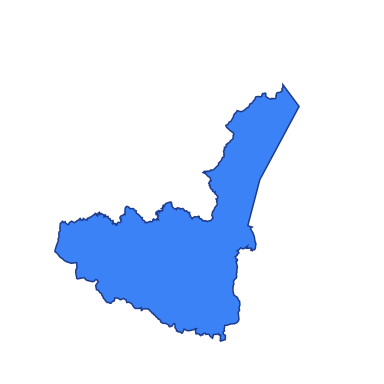 outline of Pueblo Bello, Cesar, Colombia, rotated 28°
{"feature_id": "7082276B89066354157949", "entity_name": "Pueblo Bello", "entity_type": "district", "adm_level": 2, "iso_a3": "COL", "parent_name": "Colombia", "parent_adm1": "Cesar", "projection": "robinson", "projection_center": [-73.617, 10.53], "detail": "fine", "context": "isolated", "style": "filled", "palette": "blue", "viewbox_px": 384, "rotation_deg": 28, "n_neighbors": 0, "source": "geoboundaries", "source_scale": "gbopen_adm2", "svg_char_len": 6101}
<svg xmlns="http://www.w3.org/2000/svg" viewBox="0 0 384 384"><g transform="rotate(28 192 192)"><path d="M123.3,308.5L126.2,313.3L125.9,315.0L127.1,317.6L130.8,322.4L131.8,322.4L136.7,318.4L138.3,318.5L138.9,319.2L141.0,319.3L146.2,317.9L147.4,316.9L148.1,314.5L149.2,314.2L151.3,315.3L150.8,319.7L153.6,323.2L155.3,322.6L157.8,324.1L160.1,324.2L161.1,325.7L162.4,326.0L163.7,327.5L165.2,327.7L166.2,328.5L168.9,329.4L169.9,328.7L171.7,328.8L172.7,328.2L173.1,326.2L174.5,324.5L173.6,321.7L176.7,320.4L178.6,320.8L179.8,320.5L181.1,318.4L181.7,318.3L184.4,318.3L186.3,320.2L187.8,319.0L191.1,318.9L194.3,320.8L196.5,321.5L200.3,319.5L201.3,318.0L202.9,320.4L203.5,319.8L203.4,318.7L203.9,318.0L207.5,316.1L209.4,315.9L210.4,316.7L211.2,316.6L214.1,317.8L215.0,317.4L215.9,318.3L217.4,318.1L218.6,319.0L220.2,319.2L221.9,320.1L223.2,319.7L224.8,320.6L225.3,321.4L228.0,321.6L230.0,320.5L232.5,320.3L233.9,320.5L234.9,321.5L235.6,321.5L237.3,319.7L237.4,317.8L237.9,316.6L238.4,316.5L239.7,317.8L240.6,319.7L243.5,321.1L243.5,321.9L245.4,321.9L247.2,321.2L249.3,321.5L249.7,320.9L249.4,316.7L252.5,316.8L254.6,315.8L258.0,312.9L259.2,311.0L260.1,310.5L259.9,312.3L260.2,313.0L262.1,315.4L264.5,314.0L266.9,314.8L267.6,313.2L267.9,313.6L268.6,313.0L268.1,312.3L269.7,310.5L271.1,311.2L273.6,309.6L276.1,311.0L278.8,311.5L277.9,307.7L280.6,306.1L281.8,304.8L283.0,305.5L283.0,305.1L284.7,305.0L285.3,307.1L286.7,309.0L286.3,309.6L287.3,310.2L290.7,306.7L288.8,302.9L286.8,302.8L285.7,302.1L285.3,301.0L285.9,299.3L284.9,298.4L283.6,294.3L285.3,293.4L288.2,290.3L291.8,288.0L293.0,286.1L293.5,283.9L293.2,282.3L289.9,277.5L289.3,276.2L289.5,273.9L288.2,272.8L287.2,269.0L285.3,266.1L284.1,265.8L281.6,263.8L277.4,263.3L274.5,260.0L272.4,255.7L272.2,253.7L270.6,251.5L270.7,249.2L271.4,247.7L271.3,246.1L269.3,242.9L269.4,241.8L268.3,240.1L267.3,236.9L263.5,232.5L264.3,231.4L264.0,230.5L263.6,230.2L263.2,230.6L260.5,229.1L261.5,227.1L261.6,226.6L261.2,226.4L262.0,223.7L260.9,223.0L259.5,222.8L260.6,221.0L261.2,218.4L263.5,218.4L264.9,216.9L266.4,213.7L266.7,216.1L270.1,214.0L271.3,214.1L271.2,215.7L272.8,215.6L273.0,214.4L274.3,213.6L274.4,212.1L272.7,207.6L271.0,206.2L267.7,201.9L265.1,199.6L260.9,197.0L260.7,196.4L261.6,194.8L257.1,195.6L246.1,149.3L246.4,66.2L221.9,54.6L223.1,56.8L222.9,58.6L224.2,60.4L222.8,62.8L220.5,64.3L220.4,65.7L221.1,67.0L220.9,67.6L221.9,69.2L221.5,70.7L218.2,72.0L217.9,73.1L217.2,73.4L212.8,73.1L212.1,72.7L211.1,70.6L210.1,70.3L209.2,71.4L208.4,71.6L208.1,72.9L208.6,75.3L205.4,76.7L203.8,77.9L203.6,79.1L204.1,80.9L203.5,82.3L203.4,84.3L202.6,86.3L201.8,87.0L202.2,90.5L201.1,91.5L200.1,94.5L198.5,97.4L197.2,98.2L193.6,99.0L193.8,99.9L192.9,103.1L192.8,104.6L193.3,106.4L193.2,111.1L191.9,113.1L192.0,115.4L190.6,117.3L191.9,118.5L196.6,119.8L200.9,120.5L202.0,121.7L201.7,122.6L202.8,124.6L203.0,126.2L201.8,129.2L201.9,130.3L200.5,132.6L200.7,133.3L200.0,133.8L200.0,134.6L200.9,135.2L200.7,136.3L199.6,137.3L200.5,138.3L200.3,139.4L200.9,139.8L200.7,141.3L202.6,143.4L202.5,144.3L203.6,145.0L203.7,146.1L202.9,146.8L202.6,147.9L203.0,149.0L202.9,150.9L202.0,153.7L202.1,154.8L202.7,155.5L200.5,162.3L199.9,163.1L198.1,163.8L198.2,164.7L197.1,165.5L196.7,166.4L195.9,166.3L195.7,167.0L194.8,167.1L194.6,167.7L194.4,167.3L193.3,167.8L192.6,169.7L195.4,169.5L198.6,170.6L201.5,170.9L202.7,172.5L202.6,173.0L203.6,173.3L202.6,174.9L202.7,176.5L204.2,176.9L204.1,178.1L205.5,178.5L205.8,179.5L207.5,180.4L209.2,180.5L209.2,181.1L209.9,181.6L212.5,181.8L212.6,181.5L213.0,182.7L214.7,182.9L217.2,184.3L217.5,186.0L216.5,186.9L218.2,187.8L218.2,188.8L219.8,190.4L220.2,191.7L219.5,194.9L219.8,197.7L219.4,199.6L220.5,203.4L222.8,205.0L221.9,208.2L221.4,209.0L219.5,210.4L219.4,210.9L218.3,210.9L218.1,211.3L217.1,211.1L216.1,212.1L215.7,211.8L214.8,212.3L213.7,211.6L212.9,211.8L212.5,211.3L211.6,211.9L210.5,211.3L209.9,210.2L209.2,210.3L208.1,211.8L206.0,212.4L204.8,214.5L204.7,215.5L203.9,214.9L201.9,214.4L201.9,213.9L201.2,213.2L200.3,213.1L199.5,211.1L198.0,212.0L196.1,211.1L194.3,212.3L193.3,211.4L191.5,210.9L189.3,212.7L188.5,212.1L186.5,212.9L186.6,214.7L185.6,214.2L185.3,214.8L183.4,215.0L181.0,213.9L180.4,212.7L179.0,212.0L178.8,210.8L177.5,211.0L174.4,214.3L173.9,216.4L172.8,217.2L173.1,218.1L173.8,217.4L174.3,218.0L173.1,218.8L173.5,219.9L173.1,220.6L174.0,220.2L174.7,222.5L173.8,222.4L173.2,222.9L173.0,224.7L172.5,224.0L171.6,223.9L171.8,224.9L171.0,225.3L170.7,225.0L169.8,226.6L169.9,227.2L170.5,226.8L171.6,227.3L170.6,227.9L170.6,228.5L171.2,228.9L172.0,227.7L172.5,228.5L173.6,228.8L173.3,230.3L175.2,232.1L174.3,232.0L174.0,233.1L173.4,232.6L173.2,233.4L171.6,234.1L170.7,233.8L170.4,235.1L171.1,235.9L170.8,236.6L169.8,237.7L168.9,237.5L166.4,240.5L165.6,240.2L165.0,241.0L163.2,239.7L161.7,239.9L160.3,239.0L160.2,238.0L158.9,238.3L155.8,237.1L153.0,236.8L152.0,236.1L151.8,235.0L151.3,234.7L149.3,235.1L148.2,234.1L145.0,235.8L143.5,235.0L141.3,235.2L140.6,236.3L140.6,237.5L141.8,240.5L143.5,243.2L143.3,243.7L142.4,243.5L141.5,245.8L140.7,246.1L140.3,247.5L140.6,247.7L140.4,248.6L141.5,249.7L142.2,249.2L142.5,250.5L143.4,251.0L142.8,252.9L141.1,253.3L140.7,254.9L141.2,256.2L140.7,257.1L140.2,256.9L140.4,256.0L139.1,255.9L138.1,256.2L137.6,257.2L136.9,257.4L136.2,257.0L136.6,255.6L135.6,254.3L134.3,255.2L133.3,255.3L132.1,254.0L131.4,254.5L130.0,254.1L129.4,253.0L127.3,254.5L126.8,253.2L126.3,253.0L125.9,255.0L125.0,253.5L123.6,253.8L122.1,253.5L121.2,255.2L120.7,255.0L120.3,253.6L119.9,253.3L119.0,254.7L119.8,257.5L118.7,257.4L117.8,256.2L116.5,256.3L116.6,257.8L115.9,258.4L114.4,261.7L113.3,262.5L113.1,263.7L111.9,264.4L112.6,265.7L112.4,266.1L111.1,266.5L108.4,266.4L108.8,268.3L107.8,268.9L105.6,267.8L105.3,268.5L105.8,269.3L104.6,270.3L102.6,274.2L101.9,274.4L99.4,274.2L98.1,276.7L98.2,278.7L97.8,279.2L94.4,278.6L93.9,277.8L92.7,279.3L91.5,278.6L90.5,281.7L92.6,286.6L93.9,287.8L93.4,289.2L93.8,291.1L95.9,294.4L95.7,296.2L96.9,298.0L97.4,302.5L98.5,308.1L99.1,309.1L101.9,309.5L106.3,311.6L108.5,311.6L111.6,312.5L113.9,312.5L118.9,311.6L123.3,308.5Z" fill="#3b82f6" stroke="#1e3a8a" stroke-width="1.5"/></g></svg>